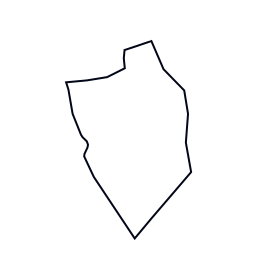 an SVG outline of Maracha, rotated 308°
{"feature_id": "UGA-3087", "entity_name": "Maracha", "entity_type": "District", "adm_level": 1, "iso_a3": "UGA", "parent_name": "Uganda", "parent_adm1": "", "projection": "mercator", "projection_center": [30.901, 3.252], "detail": "fine", "context": "isolated", "style": "outline", "palette": "ink", "viewbox_px": 256, "rotation_deg": 308, "n_neighbors": 0, "source": "natural_earth", "source_scale": "10m", "svg_char_len": 444}
<svg xmlns="http://www.w3.org/2000/svg" viewBox="0 0 256 256"><g transform="rotate(308 128 128)"><path d="M45.1,201.3L68.4,131.2L78.6,111.0L80.7,109.7L87.6,108.1L90.2,106.8L92.1,103.8L92.8,97.8L93.8,95.0L105.1,75.6L121.6,57.4L125.9,51.1L140.2,66.3L155.2,80.2L173.1,88.7L180.3,81.8L187.3,77.3L210.9,92.9L196.2,119.8L192.2,149.2L176.1,166.6L152.1,182.6L132.1,204.9L70.4,202.1L45.1,201.3Z" fill="none" stroke="#020617" stroke-width="2"/></g></svg>